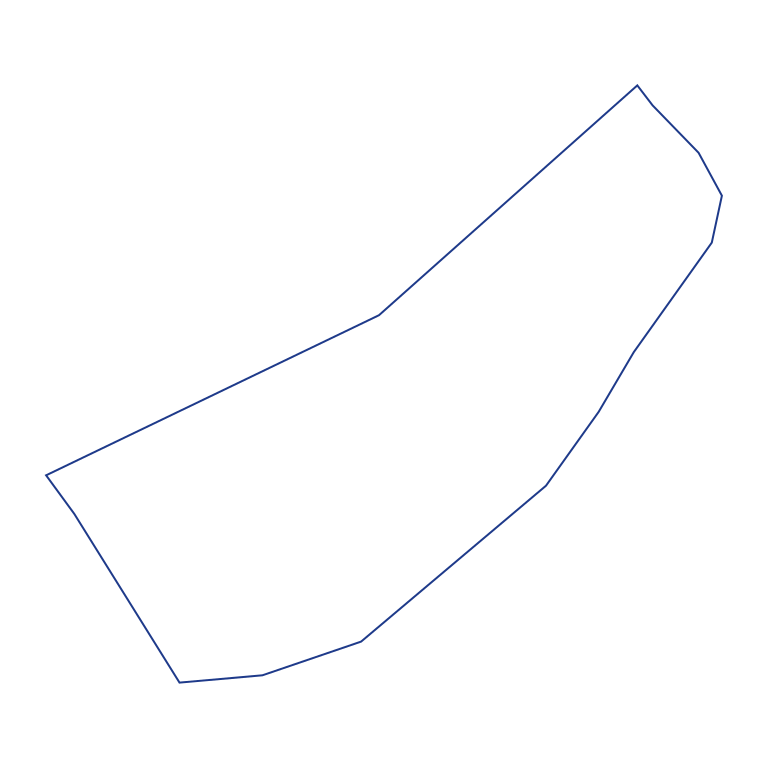 the City of Point Fortin
{"feature_id": "TTO-60", "entity_name": "Point Fortin", "entity_type": "City", "adm_level": 1, "iso_a3": "TTO", "parent_name": "Trinidad and Tobago", "parent_adm1": "", "projection": "orthographic", "projection_center": [-61.662, 10.176], "detail": "fine", "context": "isolated", "style": "outline", "palette": "blue", "viewbox_px": 768, "rotation_deg": 0, "n_neighbors": 0, "source": "natural_earth", "source_scale": "10m", "svg_char_len": 303}
<svg xmlns="http://www.w3.org/2000/svg" viewBox="0 0 768 768"><path d="M46.1,475.3L379.0,315.2L637.3,85.4L652.6,105.4L698.6,152.8L721.9,195.7L711.8,242.6L633.8,352.1L598.7,411.8L546.0,485.7L361.1,641.6L262.4,675.3L179.5,682.6L74.3,513.9L46.1,475.3Z" fill="none" stroke="#1e3a8a" stroke-width="2"/></svg>